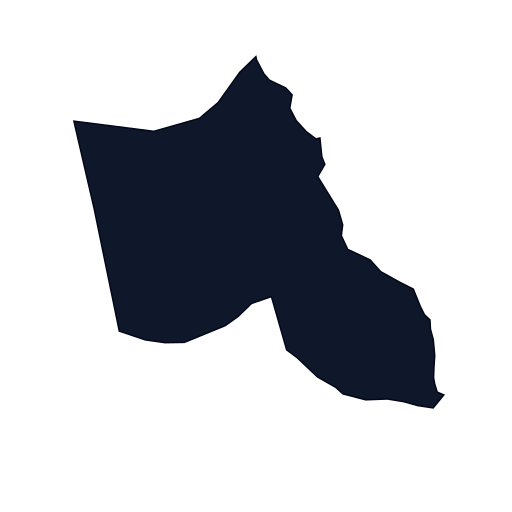 outline of Amiantos, Limassol, Cyprus, rotated 345°
{"feature_id": "46923920B1926327299248", "entity_name": "Amiantos", "entity_type": "district", "adm_level": 2, "iso_a3": "CYP", "parent_name": "Cyprus", "parent_adm1": "Limassol", "projection": "orthographic", "projection_center": [32.932, 34.921], "detail": "fine", "context": "isolated", "style": "filled", "palette": "ink", "viewbox_px": 512, "rotation_deg": 345, "n_neighbors": 0, "source": "geoboundaries", "source_scale": "gbopen_adm2", "svg_char_len": 918}
<svg xmlns="http://www.w3.org/2000/svg" viewBox="0 0 512 512"><g transform="rotate(345 256 256)"><path d="M287.9,74.3L259.1,98.0L245.8,104.2L237.0,108.4L189.5,109.1L115.0,78.6L111.9,168.4L104.5,293.2L127.4,308.4L145.7,316.2L164.4,320.9L208.3,315.3L222.8,309.9L239.4,300.7L260.4,299.2L261.3,354.6L269.3,364.7L273.9,372.2L284.1,388.8L298.9,403.4L304.3,411.7L324.7,423.3L345.8,428.1L360.9,434.9L373.6,442.4L387.8,448.6L401.5,438.8L395.8,434.3L395.5,425.7L396.1,419.3L399.3,409.0L402.9,398.3L405.6,382.7L405.6,371.8L407.5,362.7L403.5,356.2L401.6,346.7L399.4,328.7L387.8,318.3L372.4,303.4L365.3,289.4L346.3,273.3L343.7,258.4L347.8,248.3L347.5,233.1L336.2,195.2L346.2,185.3L345.3,177.2L347.0,166.5L348.3,158.5L344.3,158.5L342.7,156.5L336.7,148.8L329.9,135.6L326.9,121.9L332.6,109.7L328.2,101.4L316.1,91.0L314.4,89.5L310.8,82.1L307.3,66.7L307.5,63.4L287.9,74.3Z" fill="#0f172a" stroke="#020617" stroke-width="1.5"/></g></svg>